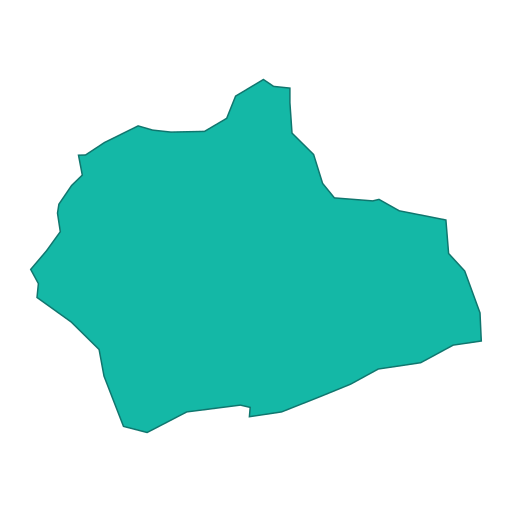 the district of Agios Georgios, Paphos, Cyprus
{"feature_id": "46923920B97562378174172", "entity_name": "Agios Georgios", "entity_type": "district", "adm_level": 2, "iso_a3": "CYP", "parent_name": "Cyprus", "parent_adm1": "Paphos", "projection": "equal_earth", "projection_center": [32.652, 34.784], "detail": "fine", "context": "isolated", "style": "filled", "palette": "teal", "viewbox_px": 512, "rotation_deg": 0, "n_neighbors": 0, "source": "geoboundaries", "source_scale": "gbopen_adm2", "svg_char_len": 726}
<svg xmlns="http://www.w3.org/2000/svg" viewBox="0 0 512 512"><path d="M78.5,155.2L82.3,175.1L71.6,185.5L58.9,204.2L57.5,213.1L60.3,231.7L46.5,250.8L30.7,269.4L38.4,283.6L37.0,297.5L71.2,322.0L99.1,349.5L104.0,376.1L123.5,426.4L147.1,432.5L186.8,411.9L240.4,405.1L250.2,407.4L249.4,416.7L281.6,411.9L320.9,396.3L350.7,384.1L378.3,369.0L420.7,362.7L453.2,345.1L481.3,341.0L481.1,337.1L480.0,312.9L464.7,271.0L448.6,253.5L445.9,220.0L399.2,210.8L379.0,199.4L372.7,200.9L334.4,197.9L322.6,183.4L313.6,154.5L292.0,133.1L289.9,102.7L289.9,88.1L273.6,86.4L263.4,79.5L235.6,96.1L226.7,118.3L204.5,131.4L171.0,132.1L152.6,130.1L138.1,125.9L104.5,142.5L85.5,155.0L78.5,155.2Z" fill="#14b8a6" stroke="#0f766e" stroke-width="1.5"/></svg>